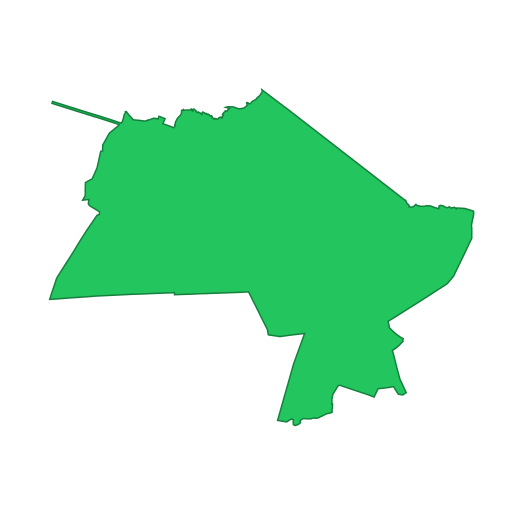 the district of Aizkraukle, Aizkraukles, Latvia, rotated 274°
{"feature_id": "27541924B59656090985212", "entity_name": "Aizkraukle", "entity_type": "district", "adm_level": 2, "iso_a3": "LVA", "parent_name": "Latvia", "parent_adm1": "Aizkraukles", "projection": "mercator", "projection_center": [25.251, 56.596], "detail": "fine", "context": "isolated", "style": "filled", "palette": "green", "viewbox_px": 512, "rotation_deg": 274, "n_neighbors": 0, "source": "geoboundaries", "source_scale": "gbopen_adm2", "svg_char_len": 5890}
<svg xmlns="http://www.w3.org/2000/svg" viewBox="0 0 512 512"><g transform="rotate(274 256 256)"><path d="M402.9,280.0L416.1,259.7L422.3,250.2L421.9,250.3L421.3,250.8L419.3,250.4L418.4,249.6L417.9,249.5L416.3,248.6L416.0,248.2L414.9,247.4L414.6,246.6L413.7,245.9L413.0,245.8L411.6,244.1L411.1,243.4L410.4,242.1L409.6,241.2L408.6,240.5L407.4,239.4L407.4,238.4L407.8,237.7L408.4,237.3L408.5,236.4L408.1,235.9L406.1,236.7L405.4,236.4L403.9,234.9L402.7,233.6L402.3,231.8L401.8,230.0L401.6,228.9L401.9,227.4L402.4,225.8L403.0,223.5L403.2,222.1L403.0,219.9L403.1,219.0L402.7,216.8L402.2,215.4L401.3,219.2L400.4,218.2L398.3,216.7L398.6,215.9L398.7,215.2L397.8,214.9L397.5,214.7L397.0,214.0L396.6,213.8L395.3,212.8L394.9,212.7L394.6,212.7L394.6,213.0L394.5,213.6L393.9,213.5L393.3,213.3L392.8,213.1L392.6,212.8L392.5,212.6L392.3,212.5L391.9,212.7L391.5,212.6L391.3,212.6L391.3,211.9L391.5,211.9L391.8,212.0L392.0,211.9L392.1,211.4L392.0,210.9L391.8,210.0L391.5,209.8L391.1,209.5L391.1,209.2L390.8,208.8L390.2,208.8L390.1,208.7L389.9,208.1L389.9,207.8L390.0,206.4L390.3,206.3L390.4,206.1L390.2,205.1L389.9,205.1L389.7,205.0L389.5,204.7L389.8,204.5L390.1,204.2L390.5,203.8L390.6,203.4L390.5,203.1L390.6,202.8L391.0,202.3L391.3,202.2L391.5,202.5L391.8,202.5L392.0,202.4L392.5,202.2L392.8,201.9L392.8,201.7L392.6,201.2L392.6,200.8L392.5,200.5L392.6,200.1L393.0,199.8L393.5,199.7L393.8,199.1L394.1,198.6L394.2,198.2L394.3,197.9L394.1,197.5L393.9,197.3L393.8,196.9L394.1,196.5L394.7,196.4L394.8,195.4L394.9,194.7L395.4,194.2L395.9,192.8L395.5,192.4L393.4,192.0L395.0,190.0L395.1,188.2L395.5,188.3L395.4,188.0L395.5,187.5L395.4,186.6L395.6,186.1L395.8,186.1L396.4,186.3L396.7,186.0L397.1,185.6L397.3,185.1L398.0,184.4L398.2,183.6L398.0,182.9L397.6,182.5L397.3,182.4L397.2,182.7L396.8,183.0L396.5,183.1L396.3,182.9L396.2,182.3L396.4,182.1L397.1,181.5L397.6,181.4L398.0,181.4L398.1,181.2L397.7,180.5L397.3,180.3L397.2,180.1L397.0,179.8L396.8,179.2L396.8,178.7L396.9,178.2L396.6,175.0L396.5,174.3L396.2,173.8L397.0,173.4L396.3,172.6L396.3,171.8L395.8,171.6L392.9,171.7L391.1,170.7L389.5,169.3L388.5,168.5L388.2,168.3L386.6,167.4L384.0,166.4L381.0,165.9L380.9,166.3L378.3,165.4L378.4,164.7L379.4,161.3L381.5,153.9L385.9,155.5L386.6,155.7L388.2,150.9L388.6,149.4L386.0,148.7L385.8,148.7L386.3,145.8L386.0,145.8L386.3,144.2L385.3,142.0L383.7,138.5L384.0,138.5L382.8,135.9L382.8,135.5L383.1,131.9L383.3,124.2L387.8,119.4L391.1,116.5L390.8,115.6L390.1,115.9L387.8,114.7L385.3,114.3L381.8,113.6L379.2,112.5L379.6,110.3L381.5,103.0L382.1,100.6L382.8,97.7L383.1,96.4L384.6,90.5L384.9,89.2L387.2,79.0L388.8,72.3L390.7,64.5L392.5,56.8L395.9,42.7L396.0,42.3L394.1,41.8L393.0,46.0L389.7,59.8L388.8,63.8L388.2,66.0L387.9,67.2L387.2,70.3L386.5,73.3L385.9,76.0L385.3,78.1L385.3,78.4L384.5,81.8L383.7,84.9L383.2,87.6L379.2,103.8L377.7,109.7L377.6,110.3L377.0,110.0L376.5,109.7L368.4,101.2L356.1,95.4L350.0,95.6L349.6,93.8L341.5,92.6L335.6,91.7L333.0,91.3L330.1,90.3L321.6,87.2L317.4,80.7L308.9,81.1L308.2,81.2L307.2,81.3L306.9,81.3L304.5,81.4L304.3,81.4L304.0,81.3L299.6,79.2L300.7,85.3L296.4,85.1L294.6,86.4L289.2,96.8L286.5,96.8L285.6,94.6L269.0,84.9L256.4,78.1L249.0,74.4L245.3,72.4L240.4,69.7L222.0,59.7L219.7,58.6L214.8,57.4L205.7,55.0L200.0,53.6L198.3,53.2L200.2,66.8L200.6,69.0L200.9,71.1L201.4,74.6L201.7,76.7L201.9,78.6L202.4,82.3L203.1,86.7L203.4,89.4L204.0,93.3L204.9,99.2L205.1,101.2L209.1,134.6L210.4,147.2L211.7,158.3L211.8,159.4L213.7,177.2L211.7,177.4L212.4,184.0L213.8,197.3L214.6,204.0L214.8,206.6L215.7,214.8L217.2,229.2L217.5,231.6L218.4,240.4L219.7,251.1L206.5,258.9L196.8,264.6L183.4,272.5L178.2,273.8L177.3,285.5L179.6,296.5L182.1,309.9L151.2,301.1L93.5,289.0L92.6,298.1L94.9,301.1L95.3,301.9L95.9,303.6L95.6,304.0L95.2,304.6L94.8,304.7L93.0,304.7L91.5,304.9L90.5,305.0L89.7,306.1L89.7,306.9L90.4,308.9L91.7,311.0L92.2,311.5L93.1,312.0L94.6,311.4L96.0,312.7L96.5,313.5L97.1,314.7L97.2,315.9L97.1,316.6L97.2,317.1L97.1,318.3L97.3,321.2L97.4,322.2L98.5,324.9L98.3,326.4L98.4,327.6L98.8,329.3L99.3,330.3L100.0,331.2L100.2,331.6L100.4,331.8L100.7,332.7L101.0,333.2L102.2,335.1L102.9,336.4L103.8,338.2L103.9,338.9L104.2,339.9L104.6,340.9L104.7,341.3L104.8,341.6L104.9,341.9L105.1,342.3L105.3,342.8L105.6,342.8L109.0,342.5L109.3,342.8L113.5,342.7L113.8,342.7L113.8,342.2L113.8,341.9L115.8,341.9L117.6,341.8L118.1,341.7L121.3,342.1L123.4,342.3L132.5,347.1L132.9,348.7L132.9,348.8L132.4,350.5L131.9,352.3L131.5,354.0L129.2,362.7L128.3,366.2L127.9,367.9L127.4,369.6L127.0,371.3L126.1,374.9L125.1,378.6L123.5,383.6L132.1,387.1L133.9,396.7L135.3,402.3L131.8,404.8L128.0,407.7L127.9,409.2L127.8,409.9L127.7,411.4L127.7,412.2L130.2,415.4L134.0,413.3L143.1,408.2L154.9,404.1L156.1,403.8L157.3,403.3L158.4,403.0L159.7,402.6L160.9,402.2L161.1,402.1L162.1,401.8L162.5,401.7L163.3,401.4L163.9,401.2L164.6,401.0L165.3,400.7L165.8,400.6L167.1,400.1L167.6,399.9L168.3,399.7L168.6,399.6L170.0,399.1L171.3,398.6L172.6,400.3L173.1,401.1L176.1,404.4L180.5,408.0L181.0,408.6L183.3,408.4L183.7,408.6L184.6,406.8L185.4,405.3L186.5,403.5L187.7,401.5L189.7,398.8L193.7,394.1L200.1,392.4L207.1,402.1L214.7,412.4L222.6,423.2L223.9,424.9L224.1,425.2L228.2,430.7L235.6,440.5L236.9,442.3L239.9,446.3L241.5,448.4L241.7,448.7L245.5,451.5L247.9,453.2L249.6,454.5L249.9,454.6L271.9,463.4L288.8,470.0L299.0,469.3L301.0,468.8L302.7,468.9L307.5,469.5L311.2,470.1L313.2,470.2L314.9,470.1L316.0,469.8L318.0,461.0L318.0,460.3L317.9,453.0L317.3,452.7L317.0,452.5L317.5,452.0L318.4,450.6L317.9,448.8L317.4,446.9L318.6,445.5L317.7,443.8L317.5,443.4L317.7,442.1L319.1,439.0L319.4,436.6L318.9,435.3L315.9,434.8L316.5,432.4L316.8,430.9L317.5,428.6L317.8,427.5L318.2,426.1L318.1,425.0L318.1,424.8L317.9,422.2L317.3,420.2L317.1,417.4L317.0,415.5L317.6,414.8L317.7,412.7L318.6,411.9L317.0,410.4L315.6,408.2L315.7,405.3L317.3,405.1L319.1,402.9L320.4,402.2L322.0,401.4L321.8,401.1L402.9,280.0Z" fill="#22c55e" stroke="#15803d" stroke-width="1.5"/></g></svg>